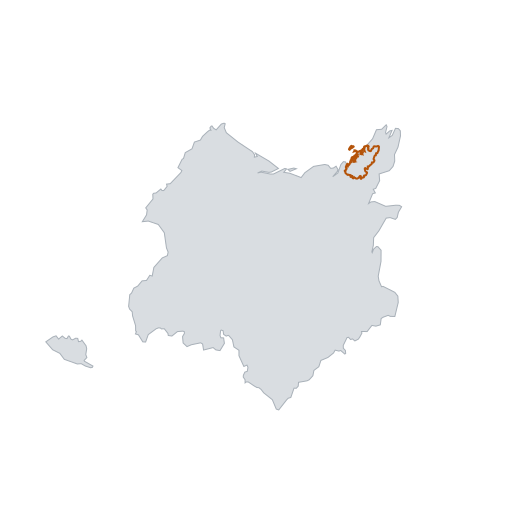 where Morbihan sits in France, rotated 116°
{"feature_id": "FRA-5327", "entity_name": "Morbihan", "entity_type": "Metropolitan department", "adm_level": 1, "iso_a3": "FRA", "parent_name": "France", "parent_adm1": "", "projection": "equal_earth", "projection_center": [-2.844, 47.752], "detail": "fine", "context": "in_parent", "style": "outline", "palette": "amber", "viewbox_px": 512, "rotation_deg": 116, "n_neighbors": 0, "source": "natural_earth", "source_scale": "10m", "svg_char_len": 8999}
<svg xmlns="http://www.w3.org/2000/svg" viewBox="0 0 512 512"><g transform="rotate(116 256 256)"><path d="M374.8,210.2L372.0,211.6L370.4,214.4L368.6,215.1L365.2,215.1L363.5,213.3L359.6,214.4L358.0,216.3L360.6,218.5L353.1,227.6L348.2,230.0L347.4,236.0L341.6,240.5L339.6,245.2L339.5,246.2L341.1,247.7L340.6,250.8L337.6,252.8L337.8,254.8L338.6,255.1L343.2,253.5L344.9,251.7L343.8,249.2L348.4,246.1L356.8,246.9L358.0,250.9L357.1,254.4L363.5,261.9L358.5,265.4L358.3,267.7L364.1,275.2L367.7,278.3L366.1,283.4L360.6,286.7L356.9,286.4L355.4,287.3L355.6,288.8L358.4,293.5L364.8,296.5L365.9,300.0L364.2,301.2L361.6,306.5L363.0,309.1L362.6,310.3L363.3,312.1L365.1,313.8L373.9,318.4L381.7,317.5L382.8,320.1L378.4,327.1L378.9,330.2L376.4,330.3L376.1,331.3L371.4,333.7L363.9,340.7L360.4,342.8L359.1,346.4L357.1,348.4L346.1,352.5L343.9,351.6L338.4,351.7L334.9,349.1L328.3,347.5L326.0,343.7L319.9,343.0L319.5,340.5L311.0,342.8L298.8,339.4L294.5,335.8L291.0,336.7L288.0,340.0L275.3,348.6L270.5,357.6L271.8,368.1L275.0,373.2L267.0,372.4L262.3,374.0L261.1,376.2L249.9,373.6L245.8,375.8L244.6,375.6L243.1,373.4L237.5,370.9L238.4,369.2L237.6,367.6L232.4,366.4L230.6,367.9L228.6,364.8L214.0,360.1L211.7,360.1L210.8,364.9L201.5,364.8L200.1,363.9L194.1,364.9L187.7,360.5L180.6,361.3L176.2,356.8L171.9,356.5L165.9,354.2L163.2,352.9L162.8,351.6L161.1,353.6L158.9,353.2L158.4,352.6L159.8,350.0L160.1,347.1L152.6,345.0L150.6,342.9L150.6,341.7L154.6,340.8L158.2,336.7L161.5,322.1L163.8,304.9L165.6,301.7L167.9,300.8L166.0,298.5L163.8,301.5L165.0,285.9L167.5,274.2L173.8,279.0L175.2,281.1L177.1,288.0L180.7,291.0L178.4,288.1L176.0,278.9L174.6,276.2L164.7,268.5L164.3,266.7L168.6,267.7L166.8,261.9L165.7,249.8L159.7,248.6L150.2,243.5L143.6,234.3L142.8,230.9L144.5,227.3L143.0,225.0L140.2,223.4L142.3,220.3L144.3,220.0L151.1,221.8L145.5,218.8L136.5,219.8L132.9,218.8L132.2,216.7L134.7,213.9L131.6,212.2L126.5,212.6L125.8,211.9L127.4,209.9L126.1,209.1L121.8,209.9L119.4,209.3L117.2,207.0L110.4,206.5L108.9,205.2L99.5,202.6L89.7,203.1L87.0,198.6L81.0,196.5L82.2,195.0L88.2,193.7L89.4,192.5L85.0,190.7L83.5,188.8L91.5,188.4L87.9,186.4L80.1,186.6L79.1,183.9L80.2,181.2L84.7,178.8L95.9,176.1L104.1,176.0L109.9,172.9L115.5,172.1L120.9,173.6L128.3,181.3L134.1,177.9L142.8,178.0L144.6,179.9L147.0,176.4L148.9,178.5L159.5,177.8L157.0,176.4L155.0,173.1L154.5,161.2L149.0,152.5L147.6,149.3L147.9,146.7L154.2,147.2L159.5,146.0L162.0,146.8L162.7,152.3L164.9,155.6L179.5,156.6L187.9,158.3L195.0,155.2L201.5,153.7L202.1,153.0L198.3,153.3L194.7,151.9L194.2,150.5L196.0,146.1L206.0,141.3L220.6,137.3L224.4,134.6L228.6,129.7L227.6,128.5L227.8,115.3L229.9,110.9L235.4,107.8L249.5,104.7L251.4,108.9L251.4,111.2L255.3,114.9L257.3,116.1L263.4,114.1L266.5,117.5L267.6,121.4L275.2,123.0L277.6,128.1L278.9,127.0L283.6,127.2L285.9,127.6L289.0,129.9L288.2,132.9L289.6,134.4L288.5,137.2L289.4,138.4L298.1,138.4L300.6,137.1L301.7,134.3L304.2,132.7L305.2,133.2L303.8,138.4L305.1,139.8L305.9,143.6L309.2,143.8L315.7,146.9L321.4,151.9L328.0,151.0L333.4,153.8L338.7,152.4L343.9,153.9L345.8,155.4L350.9,162.4L354.5,161.0L357.2,161.8L358.1,163.9L367.9,162.7L369.7,164.7L371.8,165.4L384.4,168.1L384.7,170.7L378.0,178.3L375.6,189.1L373.7,192.9L373.1,195.7L373.8,197.6L373.6,200.6L372.6,207.7L373.6,209.7L374.8,210.2ZM429.7,361.1L429.4,365.9L431.4,369.3L432.9,383.0L429.5,389.6L429.4,397.7L425.3,407.3L417.7,403.0L415.4,400.7L417.2,397.0L412.8,395.0L413.7,391.5L413.1,389.7L410.1,389.5L409.9,388.6L411.9,385.8L411.8,384.1L408.9,382.0L408.2,380.1L410.8,378.0L409.5,376.1L407.9,375.6L411.2,369.4L413.6,367.5L419.2,365.8L421.4,363.5L425.2,364.7L425.8,364.1L426.4,354.3L427.7,354.2L428.9,355.5L429.7,361.1ZM165.0,262.5L164.2,265.3L160.4,260.6L159.9,258.0L165.0,262.5Z" fill="#d9dde1" stroke="#a8b0b8" stroke-width="1"/><path d="M133.9,214.5L133.5,214.4L133.2,214.3L133.4,213.7L133.1,213.3L133.3,213.1L134.8,213.0L135.7,212.8L136.2,212.8L135.8,212.7L135.2,212.8L134.7,212.8L132.9,212.2L132.5,212.1L132.2,212.2L131.4,212.4L130.5,212.4L130.3,212.5L130.2,212.6L129.8,212.4L130.1,212.3L130.6,212.1L130.9,211.8L131.1,211.3L130.7,211.7L130.4,211.7L130.0,211.7L129.6,211.8L129.8,211.8L130.0,211.9L130.1,212.0L129.5,212.2L129.2,212.1L128.9,212.7L128.6,212.9L127.8,212.6L127.4,212.7L126.2,213.0L125.7,213.1L125.4,213.0L125.0,212.9L124.7,212.6L124.3,211.9L124.2,211.9L124.1,211.7L123.9,211.6L123.6,211.6L123.6,211.3L123.2,211.2L123.6,211.0L124.2,211.0L124.6,211.6L124.9,211.4L125.0,211.3L125.4,211.6L125.4,211.4L125.5,210.9L125.9,211.3L126.5,211.5L127.2,211.4L127.7,211.1L127.5,210.9L128.4,209.8L128.5,209.2L128.0,208.6L128.0,208.8L128.2,209.0L128.3,209.2L128.1,209.4L127.8,209.4L128.2,209.7L128.1,209.8L127.9,209.9L127.7,209.9L127.5,209.7L126.4,209.0L126.9,209.1L127.3,209.2L127.0,208.9L126.8,208.7L126.0,208.6L126.4,208.8L125.9,209.0L124.6,209.1L124.4,209.3L124.2,209.7L123.7,209.9L122.9,210.1L122.9,209.9L123.1,209.9L123.1,209.7L122.8,209.7L122.7,209.7L122.6,209.9L122.4,209.9L122.3,209.5L122.3,209.2L122.6,208.8L122.2,208.8L122.0,208.6L121.8,208.4L121.8,208.0L121.6,208.0L121.7,208.6L121.8,208.8L121.8,209.5L121.9,209.9L122.1,210.2L122.3,210.5L122.6,210.7L122.5,210.9L122.5,211.0L122.4,211.1L122.1,210.7L121.9,210.8L121.7,210.6L121.4,210.3L121.1,210.1L121.3,210.5L121.1,210.7L120.9,210.6L120.8,210.2L120.7,209.7L120.5,209.8L120.5,210.1L120.6,210.5L120.3,210.5L120.1,210.4L119.2,210.7L118.8,210.7L118.5,210.5L118.7,210.4L118.8,210.3L118.6,210.1L118.3,210.0L118.0,210.0L117.8,210.3L118.0,210.4L118.2,210.5L117.9,211.5L118.0,212.4L118.4,213.1L119.0,213.7L118.6,213.7L118.1,213.5L117.8,213.7L117.5,212.8L117.5,212.5L117.6,212.2L117.8,211.7L117.8,211.2L117.8,210.5L117.6,210.0L117.3,209.6L117.0,209.2L116.8,209.1L116.5,209.0L116.3,208.9L116.2,208.7L116.2,208.3L116.5,207.5L118.3,206.7L118.2,206.6L118.2,206.4L118.2,206.2L118.2,205.9L117.8,206.0L117.7,206.1L117.7,205.5L117.7,205.2L117.3,205.6L117.1,205.5L116.8,205.4L116.4,205.4L116.7,205.6L116.9,205.8L117.1,206.1L117.2,206.5L116.7,206.6L116.4,206.9L116.0,206.9L116.1,207.0L116.4,207.4L116.0,207.5L115.9,207.8L115.8,208.1L115.6,208.2L114.7,207.4L114.1,207.2L113.1,207.0L112.4,206.9L112.9,206.8L113.3,206.8L114.2,207.1L114.2,206.9L113.9,206.7L113.4,206.6L112.4,206.5L112.4,206.3L112.6,206.3L112.7,206.2L112.8,206.1L112.8,205.8L112.9,205.7L113.3,205.7L113.7,205.0L113.9,204.6L114.2,204.4L114.2,204.2L113.7,204.7L113.1,205.3L112.3,205.6L111.8,205.7L112.0,205.8L112.3,206.1L112.3,206.3L110.3,206.7L110.0,206.6L109.9,206.5L109.2,205.7L108.8,205.0L108.6,204.8L108.5,204.6L108.4,204.4L108.1,204.6L107.9,204.4L107.8,204.0L107.8,203.6L107.8,203.3L107.9,203.1L108.1,202.8L108.3,202.7L108.5,202.6L108.8,202.7L109.3,203.0L109.6,202.9L109.9,202.7L110.0,202.4L110.1,202.2L110.3,201.9L110.6,201.8L111.2,201.9L111.5,201.6L111.7,201.2L111.8,200.2L111.8,199.8L111.6,199.1L111.3,198.8L110.9,198.7L109.7,198.9L109.1,198.8L107.9,198.0L107.4,198.0L106.1,198.2L105.6,197.9L104.9,196.0L104.8,195.8L104.0,194.9L103.8,194.8L103.6,194.6L103.6,194.2L103.7,193.6L104.1,193.3L107.6,192.0L108.1,192.2L110.3,192.0L110.5,192.1L110.6,192.4L110.6,192.5L111.0,193.1L111.6,193.0L112.6,192.6L112.9,192.5L113.0,192.7L113.2,192.9L113.4,193.1L114.1,193.3L117.1,192.9L117.5,192.7L117.7,192.4L117.9,191.7L118.1,191.5L118.6,191.3L120.1,191.4L120.6,191.6L120.7,191.8L120.9,192.6L121.0,192.8L121.3,192.8L122.3,192.4L123.0,192.5L124.6,193.4L125.5,193.5L125.9,193.7L126.3,194.6L126.5,194.8L127.4,194.2L128.8,193.7L129.1,193.9L129.1,196.4L129.6,196.6L130.4,196.2L131.7,195.1L132.0,194.6L132.1,194.2L132.1,193.2L132.3,192.8L132.7,192.6L134.7,192.6L135.2,192.7L135.5,192.9L135.7,193.1L136.1,193.9L136.3,194.1L136.7,194.1L137.5,193.6L138.0,193.6L138.4,194.0L138.6,194.2L139.0,195.1L139.2,195.3L139.5,195.3L139.9,195.2L140.3,195.2L140.6,195.4L140.6,195.7L140.3,196.1L138.7,196.5L138.3,196.9L138.4,197.5L138.7,197.7L140.8,198.1L141.9,198.8L142.1,199.1L142.3,199.4L142.4,199.7L142.5,200.1L142.5,200.4L142.3,201.0L142.3,202.0L142.2,202.3L143.1,202.3L143.4,202.4L143.6,202.7L143.6,203.1L143.4,203.6L143.2,203.9L143.1,204.1L142.9,204.2L142.3,204.3L142.1,204.4L141.9,204.6L142.0,204.9L142.2,205.1L143.2,205.1L143.4,205.5L143.3,205.8L143.0,205.8L142.5,205.8L142.1,205.9L141.9,206.1L141.9,206.4L141.9,206.9L142.0,207.2L142.3,207.6L142.3,207.8L142.3,208.5L142.8,208.9L142.8,209.0L142.9,209.3L142.8,209.5L142.8,209.8L142.7,210.0L142.6,210.3L142.3,211.7L142.0,212.1L141.7,212.3L141.2,212.6L141.1,212.9L140.9,213.2L140.8,213.4L140.6,213.5L140.4,213.6L140.2,213.4L140.1,213.1L140.1,212.9L139.9,212.8L139.5,213.0L139.1,213.1L138.8,213.2L138.6,213.1L138.4,212.9L138.2,212.8L137.9,212.8L137.7,212.9L137.7,213.0L137.4,213.4L137.2,213.7L136.9,214.1L136.6,214.3L136.4,214.3L136.2,214.3L135.9,214.3L135.5,214.4L135.2,214.4L134.8,214.2L134.5,214.1L134.3,214.1L134.1,214.2L133.9,214.5L133.9,214.5ZM118.2,218.2L118.5,218.3L119.2,218.3L119.5,218.5L119.4,219.1L118.7,219.3L116.9,219.1L115.6,218.8L115.2,218.5L115.3,218.0L115.1,217.5L114.8,217.0L114.7,216.6L114.9,216.4L115.0,216.2L115.4,216.4L115.7,216.5L116.7,217.0L117.3,217.4L117.4,217.5L118.2,218.2Z" fill="none" stroke="#b45309" stroke-width="2"/></g></svg>